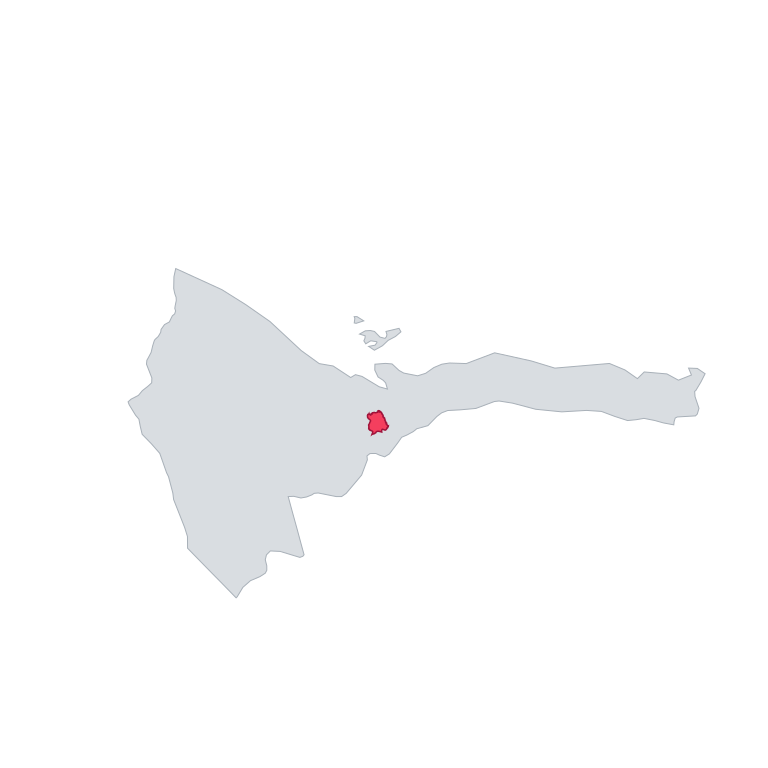 Adi Keyh, Debub, Eritrea shown in context, rotated 321°
{"feature_id": "51966322B55590653223248", "entity_name": "Adi Keyh", "entity_type": "district", "adm_level": 2, "iso_a3": "ERI", "parent_name": "Eritrea", "parent_adm1": "Debub", "projection": "albers", "projection_center": [39.429, 14.884], "detail": "fine", "context": "in_parent", "style": "filled", "palette": "rose", "viewbox_px": 768, "rotation_deg": 321, "n_neighbors": 0, "source": "geoboundaries", "source_scale": "gbopen_adm2", "svg_char_len": 6127}
<svg xmlns="http://www.w3.org/2000/svg" viewBox="0 0 768 768"><g transform="rotate(321 384 384)"><path d="M134.5,457.1L132.4,434.4L130.9,419.2L129.4,403.2L128.0,388.0L135.3,378.8L138.8,370.0L147.8,341.4L151.3,335.8L158.2,320.5L159.2,316.1L166.1,296.8L165.6,283.9L164.4,270.9L168.1,263.2L171.4,257.1L171.3,251.9L172.9,239.8L173.9,236.8L177.9,236.6L186.0,238.3L192.0,237.1L198.9,237.2L204.2,236.9L207.4,233.2L211.9,219.1L214.7,216.3L216.8,215.5L222.9,212.9L228.2,208.8L232.5,205.9L234.0,205.3L238.5,205.0L243.0,203.3L245.1,201.3L250.8,199.7L256.3,200.7L260.0,198.9L262.5,197.8L265.4,197.8L268.0,196.1L269.0,193.6L270.7,192.0L275.1,188.4L277.0,185.8L277.9,183.1L278.8,181.0L280.7,177.4L288.3,168.4L294.8,163.2L317.4,208.7L326.6,235.6L334.7,263.7L340.7,305.9L346.5,327.4L355.8,338.0L362.2,358.0L367.7,358.8L371.7,364.3L378.5,383.1L383.5,390.1L386.0,384.1L385.7,380.6L383.8,374.8L385.6,367.4L389.4,362.9L398.1,368.9L402.9,373.5L404.2,382.8L406.2,387.9L415.3,398.8L423.1,401.9L433.1,402.6L441.4,405.0L448.1,408.9L460.8,419.9L489.6,429.4L513.0,458.8L526.8,479.2L572.1,509.9L580.1,524.7L584.3,539.3L593.8,538.4L610.2,554.2L615.2,566.3L628.6,570.5L630.7,563.3L637.3,569.1L640.0,578.1L631.5,581.9L622.2,585.3L620.8,585.2L617.8,589.5L613.5,601.1L608.6,604.5L606.0,604.8L591.2,594.2L588.9,593.7L585.8,595.8L583.5,598.1L576.6,590.0L571.5,582.8L564.4,574.3L557.6,570.5L550.3,565.7L543.0,554.5L535.7,542.1L524.8,532.0L504.6,517.5L486.0,499.1L471.8,479.7L462.7,469.6L458.8,467.1L440.0,460.8L426.9,452.0L416.8,444.7L410.7,442.7L404.7,442.5L391.9,444.0L381.3,439.4L376.9,439.4L369.8,438.1L364.2,436.5L357.7,438.4L344.2,441.7L338.7,441.0L335.7,436.4L334.0,432.9L329.3,429.2L325.5,429.2L323.3,432.5L309.3,440.7L285.8,445.2L280.2,444.8L276.1,441.5L264.3,427.3L260.9,425.0L258.3,424.8L252.8,423.1L247.7,420.3L243.2,414.5L238.7,411.2L233.7,422.5L225.1,442.2L220.4,452.8L214.4,466.4L212.5,466.8L209.5,465.8L197.9,448.7L190.6,442.2L185.1,442.8L181.1,445.9L178.5,451.5L175.7,455.0L172.7,456.3L166.3,455.6L156.5,452.8L146.4,453.2L135.9,457.0L134.5,457.1ZM410.4,345.0L413.5,349.2L415.7,348.8L417.4,347.4L418.6,344.4L430.7,350.2L430.0,354.1L422.8,354.3L414.6,352.7L406.9,353.3L397.8,351.7L395.7,345.1L401.5,348.2L404.5,347.4L405.0,346.6L400.9,342.1L395.1,341.3L395.5,337.8L398.1,336.4L399.7,334.7L396.4,329.8L402.9,330.9L407.0,333.8L409.7,337.2L410.4,345.0ZM405.4,314.6L408.0,322.2L400.5,319.3L399.3,317.8L402.6,314.7L403.2,312.9L405.4,314.6Z" fill="#d9dde1" stroke="#a8b0b8" stroke-width="1"/><path d="M353.6,397.7L353.4,397.8L353.2,397.8L352.9,397.7L352.4,397.5L352.2,397.5L351.9,397.7L351.5,398.0L351.4,398.0L351.2,398.3L351.1,398.5L350.8,398.8L350.6,399.1L350.4,399.3L350.2,400.1L350.1,401.1L350.2,401.5L350.4,402.1L350.5,402.5L350.5,402.8L350.6,403.7L350.3,404.3L349.5,404.6L348.2,405.3L347.5,405.7L346.9,405.9L346.2,406.2L346.1,406.6L345.9,406.8L345.7,407.2L345.5,407.5L345.2,407.8L345.1,408.0L344.8,408.2L344.7,408.5L344.2,409.0L343.9,409.2L343.9,409.7L344.0,409.8L343.9,409.9L343.9,410.0L344.0,410.2L344.1,410.4L343.9,410.6L343.9,410.8L344.1,410.9L344.1,411.0L344.2,411.3L344.3,411.6L344.5,411.7L344.6,411.9L344.7,412.3L345.0,412.8L345.1,413.0L345.2,413.4L345.2,413.5L345.3,413.8L345.2,413.9L345.1,414.1L344.8,414.4L344.6,414.6L344.3,414.8L344.1,414.9L344.0,415.0L343.7,415.1L343.2,415.4L342.9,415.6L343.0,415.6L343.3,415.7L343.5,415.8L343.8,415.8L344.0,415.9L344.1,416.0L344.3,416.1L344.5,416.3L344.8,416.3L345.0,416.4L345.4,416.6L345.5,416.6L345.8,416.5L346.1,416.6L346.4,416.6L346.6,416.6L346.9,416.7L347.0,416.6L347.3,416.5L347.5,416.4L348.0,416.4L348.5,416.4L348.9,416.5L349.3,416.8L349.5,416.9L349.8,417.1L350.1,417.5L350.4,417.8L350.6,418.0L350.8,418.2L351.0,418.4L351.0,418.6L351.3,418.9L351.4,419.1L351.6,419.3L352.0,419.9L352.2,419.6L352.3,419.4L352.5,419.2L352.8,418.8L353.3,418.4L353.9,418.1L354.1,418.1L354.6,418.5L354.8,418.8L354.9,419.0L355.1,419.4L355.2,419.5L355.3,419.6L355.4,419.8L355.5,420.1L355.9,420.4L355.9,420.5L356.1,420.7L356.4,420.7L356.6,420.7L356.7,420.8L356.8,420.8L357.1,420.7L357.3,420.7L357.5,420.7L357.9,420.4L358.1,420.4L358.6,420.1L358.8,420.1L359.0,420.3L359.2,420.1L359.3,420.1L359.3,419.9L359.5,419.9L359.8,419.9L359.9,419.7L360.0,419.7L360.1,419.8L360.3,419.8L360.5,419.8L360.6,419.7L360.8,419.5L360.7,419.5L360.6,419.4L360.6,419.2L360.8,419.1L360.7,419.1L360.7,418.9L360.7,418.7L360.6,418.4L360.6,418.2L360.5,417.9L360.6,417.7L360.8,417.4L360.7,417.2L360.7,416.9L360.8,416.8L360.7,416.8L360.6,416.7L360.8,416.4L360.7,416.2L360.9,416.0L360.9,415.9L361.0,415.8L361.1,415.7L361.3,415.5L361.2,415.3L361.3,415.2L361.2,415.0L361.3,414.9L361.2,414.7L361.3,414.6L361.5,414.4L361.5,414.2L361.6,413.9L361.7,413.7L361.8,413.7L361.8,413.2L361.9,412.8L361.9,412.7L362.0,412.7L362.3,412.4L362.4,412.2L362.5,412.0L362.6,411.9L362.6,411.6L362.5,411.3L362.5,411.2L362.8,411.0L363.0,410.7L362.8,410.5L362.7,410.4L362.7,410.2L362.9,409.8L362.9,409.7L362.8,409.3L362.8,409.2L362.6,409.1L362.7,408.9L362.8,408.7L362.9,408.3L363.0,408.2L363.3,408.2L363.5,407.9L363.6,407.4L363.7,407.1L363.5,406.5L363.7,406.3L363.7,406.2L363.8,405.9L363.6,405.8L363.6,405.7L363.7,405.4L363.9,405.3L363.9,405.2L363.9,404.9L364.0,404.9L364.0,404.7L363.8,404.5L363.8,404.4L363.9,404.2L364.0,404.2L364.0,403.9L363.9,403.9L363.8,403.7L363.7,403.7L363.6,403.4L363.8,403.3L363.8,403.2L363.5,402.8L363.4,402.8L363.5,402.7L363.6,402.4L363.7,402.2L363.5,401.9L363.4,401.7L363.1,401.4L362.9,401.2L362.7,401.2L362.4,401.1L362.2,401.1L362.0,401.4L362.0,401.7L362.0,401.9L361.8,402.0L361.5,402.0L361.3,402.0L361.0,401.9L360.9,401.8L360.8,401.7L360.6,401.5L360.4,401.4L360.0,401.4L359.7,401.3L359.4,401.1L359.1,400.8L358.9,400.6L358.7,400.3L358.5,400.1L358.5,399.9L358.4,399.8L358.2,399.8L357.9,399.7L357.7,399.7L357.4,399.5L357.3,399.4L357.2,399.3L356.9,399.1L356.6,399.2L356.3,399.2L356.2,399.2L356.2,399.3L356.1,399.6L355.9,399.8L355.8,399.7L355.7,399.6L355.5,399.3L355.4,399.3L355.2,399.3L355.2,399.2L354.9,399.3L354.8,399.5L354.7,399.6L354.4,399.8L354.2,399.8L353.9,399.5L354.0,399.3L353.9,399.1L353.9,398.8L353.9,398.7L354.0,398.6L353.9,398.4L353.7,398.2L353.4,398.1L353.5,397.9L353.6,397.7Z" fill="#f43f5e" stroke="#9f1239" stroke-width="1.5"/></g></svg>